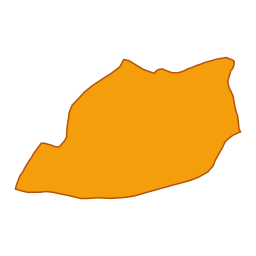 the district of Akoko North West, Ondo, Nigeria
{"feature_id": "59680162B56866992006033", "entity_name": "Akoko North West", "entity_type": "district", "adm_level": 2, "iso_a3": "NGA", "parent_name": "Nigeria", "parent_adm1": "Ondo", "projection": "mercator", "projection_center": [5.79, 7.65], "detail": "fine", "context": "isolated", "style": "filled", "palette": "amber", "viewbox_px": 256, "rotation_deg": 0, "n_neighbors": 0, "source": "geoboundaries", "source_scale": "gbopen_adm2", "svg_char_len": 1441}
<svg xmlns="http://www.w3.org/2000/svg" viewBox="0 0 256 256"><path d="M123.7,59.5L119.9,66.7L116.7,69.2L111.9,72.9L104.7,77.5L102.4,79.0L92.4,85.6L84.1,92.3L78.5,98.6L76.9,100.2L74.8,102.4L72.2,105.1L69.0,112.9L68.6,118.0L67.8,122.0L67.1,127.2L66.6,133.3L66.6,136.8L64.6,140.7L59.3,146.8L55.6,146.8L51.7,145.3L44.2,143.2L41.2,143.3L39.8,145.3L35.3,151.2L32.7,155.1L32.1,156.4L29.6,160.1L29.5,160.3L26.9,164.3L24.3,168.8L23.1,171.5L19.8,176.0L18.2,180.4L17.9,181.3L17.6,182.0L16.6,184.5L15.4,189.1L21.9,191.0L27.7,192.3L34.9,192.3L40.0,192.2L45.9,191.5L52.4,192.2L61.5,194.1L63.0,194.4L70.6,196.0L81.0,198.5L87.5,198.5L91.1,198.2L97.8,197.8L98.5,197.8L103.1,198.0L109.5,198.4L120.2,197.8L123.2,197.6L132.2,196.4L132.9,196.3L173.1,185.0L180.9,183.0L190.6,180.3L193.2,179.3L199.0,177.0L208.1,171.7L213.2,165.8L215.1,160.6L222.8,146.9L224.8,142.3L228.0,139.0L233.2,135.1L239.0,132.4L240.6,131.8L239.0,129.2L238.3,121.3L237.6,116.1L236.3,112.2L235.0,107.0L233.6,99.2L233.0,95.9L231.6,92.7L229.0,87.5L228.3,84.2L227.7,81.6L228.3,79.6L229.0,77.0L230.2,73.1L230.9,70.5L232.2,69.2L233.4,66.6L234.1,64.0L234.1,61.3L232.8,60.1L227.6,58.1L226.3,57.5L223.0,58.1L218.5,58.8L215.2,59.5L211.3,60.8L205.5,62.2L203.1,63.2L201.0,64.1L196.4,65.5L191.9,67.5L188.0,68.8L182.8,71.4L177.7,72.8L172.5,72.8L168.6,71.5L165.3,70.2L162.1,68.9L158.2,69.6L156.2,70.9L154.1,73.3L143.3,69.4L128.8,60.6L123.7,59.5Z" fill="#f59e0b" stroke="#b45309" stroke-width="1.5"/></svg>